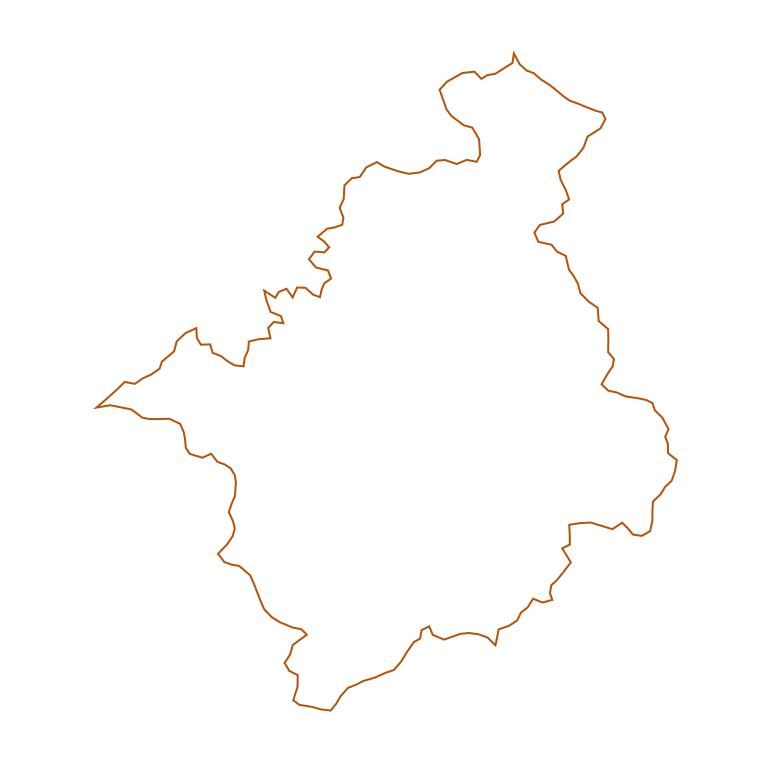 the district of Sarapuí, São Paulo, Brazil, rotated 267°
{"feature_id": "56859067B6054851869048", "entity_name": "Sarapuí", "entity_type": "district", "adm_level": 2, "iso_a3": "BRA", "parent_name": "Brazil", "parent_adm1": "São Paulo", "projection": "mercator", "projection_center": [-47.776, -23.649], "detail": "fine", "context": "isolated", "style": "outline", "palette": "amber", "viewbox_px": 768, "rotation_deg": 267, "n_neighbors": 0, "source": "geoboundaries", "source_scale": "gbopen_adm2", "svg_char_len": 3245}
<svg xmlns="http://www.w3.org/2000/svg" viewBox="0 0 768 768"><g transform="rotate(267 384 384)"><path d="M68.0,282.8L65.5,294.5L62.3,304.2L60.7,313.6L67.3,319.6L74.5,324.3L82.4,332.1L85.2,340.4L88.5,347.7L91.4,359.9L95.6,370.6L97.8,378.8L106.1,386.7L114.6,392.5L124.7,400.3L127.9,406.7L136.3,408.7L139.6,416.4L130.9,419.6L125.6,430.6L128.1,439.3L130.5,447.1L130.9,455.7L129.1,465.4L125.4,474.2L117.3,481.6L125.8,483.9L133.0,485.6L135.9,496.0L141.0,504.7L148.5,508.7L153.4,515.8L161.8,521.7L157.5,530.7L159.6,540.8L166.2,538.8L174.3,540.5L179.3,546.6L187.3,553.8L196.0,561.2L204.1,556.9L210.6,553.4L213.9,561.2L224.0,561.6L233.7,561.6L234.8,572.2L234.8,583.2L230.5,595.1L227.1,604.5L233.0,614.6L226.8,620.2L220.6,624.8L218.8,633.5L223.2,642.1L233.7,644.9L241.7,645.3L252.4,646.4L259.6,654.6L266.3,659.1L272.2,666.1L281.8,670.1L292.6,672.4L300.0,664.1L309.2,664.4L316.6,662.1L324.1,665.8L335.8,660.2L343.6,653.1L350.9,651.1L354.4,644.9L356.5,636.7L359.0,624.5L363.3,616.2L365.6,607.7L372.3,601.3L382.1,607.5L389.5,613.2L396.8,615.0L404.0,609.5L415.4,610.3L427.1,610.7L435.6,601.7L448.9,601.4L455.3,593.0L464.3,584.9L474.1,582.9L481.5,579.2L488.8,574.6L502.4,572.2L507.2,563.6L514.3,558.6L517.9,545.6L527.3,542.1L534.7,548.0L537.3,562.4L544.8,571.9L554.2,571.4L558.6,578.5L568.2,575.7L578.6,571.1L587.7,569.6L595.1,579.2L601.3,588.4L609.2,595.4L620.4,600.2L627.9,613.5L637.0,619.0L643.7,616.2L645.9,609.5L650.1,600.2L654.2,591.5L657.3,584.1L662.7,577.4L668.1,571.6L673.8,565.3L679.7,556.9L686.5,549.9L689.6,542.8L696.2,536.2L707.3,531.0L697.9,529.1L693.7,521.6L687.9,511.3L687.1,503.5L683.6,497.2L691.2,490.7L690.5,478.7L682.6,462.7L674.9,454.9L664.3,458.1L655.2,460.7L647.8,465.6L642.6,471.9L638.2,477.2L635.4,485.6L623.5,491.7L616.4,491.9L607.4,491.9L601.0,488.2L603.5,478.4L599.9,468.2L604.5,456.6L604.2,448.2L597.1,440.4L593.4,430.9L592.6,419.6L595.9,408.7L601.0,396.0L606.0,388.5L601.3,377.7L591.9,370.6L591.2,362.7L584.5,354.9L570.7,353.4L562.2,348.9L552.4,352.2L545.2,350.6L543.1,343.4L542.0,335.2L534.5,325.4L529.4,331.7L523.4,336.4L518.6,331.4L519.8,321.6L512.5,315.6L503.9,322.2L500.3,334.0L492.0,336.7L487.8,329.8L481.5,326.6L474.1,324.6L476.9,317.9L484.2,310.6L484.9,302.3L475.2,297.3L484.2,291.6L481.5,283.8L475.8,279.9L483.5,269.3L474.5,270.8L461.9,274.5L457.2,284.6L450.0,286.6L451.7,277.1L446.1,271.3L435.6,273.0L435.3,261.1L433.5,251.3L425.2,250.2L417.3,246.2L409.0,244.7L410.5,235.5L415.2,228.5L420.2,223.0L424.1,214.5L432.7,212.5L432.8,203.2L439.9,199.5L449.6,199.5L445.3,188.6L437.4,179.2L427.6,176.1L418.0,163.4L411.1,160.8L405.5,151.7L402.3,143.4L397.2,135.2L399.6,125.1L393.3,118.1L382.4,104.6L375.5,95.6L377.1,109.7L374.8,118.8L371.7,130.6L363.1,140.8L361.2,148.2L360.8,157.2L360.5,167.9L354.8,178.4L346.4,181.5L339.7,182.4L330.7,182.7L324.3,186.5L319.9,198.7L323.4,207.7L314.9,213.7L312.0,220.7L307.8,226.5L300.9,230.2L293.6,231.0L280.0,229.3L272.9,225.8L264.2,222.3L254.4,226.2L247.7,227.4L240.1,225.0L232.1,219.0L223.2,209.4L214.6,215.2L211.4,222.7L210.0,229.7L199.9,240.4L191.7,243.5L172.6,249.8L164.9,252.8L156.8,260.0L151.6,267.5L145.6,280.0L143.4,288.6L137.7,293.8L128.1,279.2L118.6,276.0L110.7,270.1L102.5,274.4L97.8,282.6L86.2,281.8L72.9,276.8L68.0,282.8Z" fill="none" stroke="#b45309" stroke-width="2"/></g></svg>